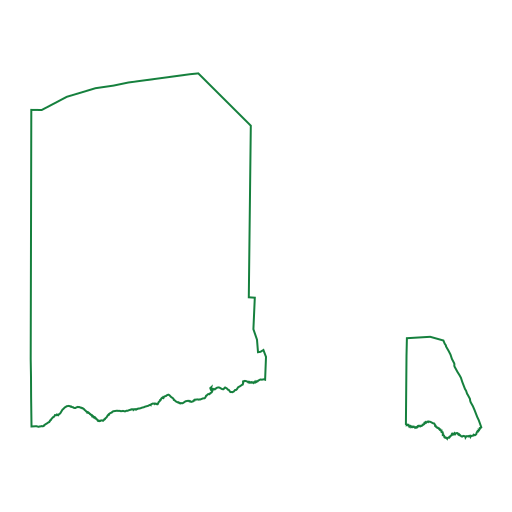 Palauli le Falefa, Palauli, Samoa (Robinson projection)
{"feature_id": "51752279B50623478209398", "entity_name": "Palauli le Falefa", "entity_type": "district", "adm_level": 2, "iso_a3": "WSM", "parent_name": "Samoa", "parent_adm1": "Palauli", "projection": "robinson", "projection_center": [-172.356, -13.707], "detail": "fine", "context": "isolated", "style": "outline", "palette": "green", "viewbox_px": 512, "rotation_deg": 0, "n_neighbors": 0, "source": "geoboundaries", "source_scale": "gbopen_adm2", "svg_char_len": 6023}
<svg xmlns="http://www.w3.org/2000/svg" viewBox="0 0 512 512"><path d="M198.3,73.4L190.1,74.2L128.4,82.5L113.5,85.6L95.5,88.2L66.8,96.8L41.7,110.0L31.3,109.9L30.7,359.0L31.0,376.9L31.1,397.0L31.5,426.5L36.2,426.2L38.7,426.8L39.9,426.4L40.8,426.4L41.4,426.1L42.6,426.3L43.5,426.1L43.6,425.8L44.2,425.5L44.2,425.2L45.6,424.2L46.7,423.6L48.2,422.5L49.2,422.1L49.3,421.7L49.8,421.3L49.9,420.7L50.2,420.3L50.8,420.1L51.1,419.4L53.0,417.2L53.6,417.1L54.9,415.5L55.0,415.1L56.6,415.2L56.9,414.6L57.6,415.0L58.0,414.7L58.4,415.0L58.6,414.5L59.7,413.8L60.4,413.1L62.5,409.6L63.3,409.0L64.8,407.4L65.7,407.0L66.5,406.3L68.7,405.9L70.3,406.3L70.5,406.6L71.0,406.4L71.8,407.0L73.2,407.3L73.5,407.7L74.6,408.0L75.4,408.0L76.4,407.4L77.8,406.9L78.1,407.1L79.1,407.0L79.3,407.2L80.0,407.3L80.6,407.7L81.1,407.6L82.2,408.3L82.5,408.1L83.0,408.4L84.2,409.3L84.6,410.0L85.4,410.5L86.6,411.8L87.3,411.9L87.4,412.5L88.0,412.2L88.7,412.7L88.7,413.1L89.2,413.2L90.1,413.9L90.1,414.2L90.7,414.4L91.1,415.0L91.6,415.0L91.6,415.3L92.2,415.6L92.2,416.3L93.0,416.2L93.1,416.5L94.2,416.9L93.8,417.5L94.9,418.0L95.3,417.7L95.9,418.3L95.8,418.7L96.6,419.0L97.4,420.0L97.7,420.6L98.3,420.5L98.5,421.0L99.4,420.8L99.6,421.1L100.5,420.9L101.0,420.4L102.2,420.4L103.0,420.8L103.2,420.7L103.5,420.2L104.0,419.9L104.3,419.3L104.9,419.2L105.0,418.7L106.6,417.3L107.8,415.2L108.3,415.2L109.0,414.7L108.9,414.1L110.3,413.1L111.8,412.5L112.0,412.1L112.7,411.7L113.1,411.3L117.1,410.7L117.8,410.9L119.9,410.9L120.8,411.2L122.2,411.1L122.9,410.9L125.0,411.4L126.6,410.7L127.5,410.8L129.5,410.0L130.1,409.9L130.4,409.7L130.9,409.7L131.0,409.5L132.0,409.2L132.4,409.4L133.5,409.3L133.6,409.8L134.1,409.4L134.8,409.2L135.5,409.6L136.0,409.6L136.1,409.2L136.7,409.3L137.3,408.8L137.7,408.9L138.4,408.5L139.4,408.5L140.7,408.2L141.8,407.7L144.0,407.2L144.9,406.7L148.2,405.8L149.6,405.0L150.1,404.9L150.6,405.1L150.6,404.7L151.5,404.1L153.0,403.5L153.8,403.7L154.7,403.5L154.9,404.0L155.5,403.7L156.5,403.8L156.8,404.2L157.4,404.3L157.7,404.2L158.6,402.2L160.4,400.3L160.3,400.0L160.7,399.9L161.3,398.5L162.1,397.8L162.9,398.1L163.1,397.5L163.5,397.9L163.7,397.7L163.8,397.0L164.3,396.5L166.0,396.0L166.5,395.5L167.6,394.9L168.6,394.7L169.5,395.3L171.0,396.9L173.0,398.3L173.5,398.9L173.8,399.9L174.2,399.9L176.0,401.5L178.2,402.6L178.5,402.3L179.4,402.8L179.6,403.2L180.2,403.1L180.5,403.4L181.2,403.1L182.2,403.3L183.2,402.9L185.5,401.3L187.4,400.9L188.9,400.8L189.4,401.4L190.0,401.1L191.1,401.9L193.0,401.4L193.6,400.5L194.2,400.1L194.5,400.3L194.7,399.7L197.9,399.4L198.8,399.7L199.6,399.4L200.2,399.5L203.0,398.4L204.5,398.3L205.1,397.8L205.9,396.4L206.0,395.9L206.4,395.5L206.7,395.5L207.8,394.3L208.1,394.3L209.0,393.9L209.4,394.1L209.7,393.6L210.4,393.4L210.7,392.9L211.6,392.4L212.0,391.8L212.5,390.5L212.2,390.0L211.6,390.3L211.2,390.2L210.9,389.8L210.3,388.1L211.3,387.2L211.1,388.1L211.4,388.6L212.1,388.8L213.0,388.8L214.1,389.4L214.9,389.3L215.1,388.8L215.9,388.6L216.3,388.1L217.1,387.7L218.4,387.4L219.5,387.6L221.9,389.0L223.2,389.3L223.7,389.0L224.8,387.6L225.2,387.5L226.9,388.5L228.1,389.8L228.7,389.9L229.1,390.3L230.2,391.9L230.7,392.1L231.9,392.0L232.4,392.2L233.8,391.5L235.1,390.0L236.2,389.9L236.9,389.2L238.1,387.3L240.1,386.2L241.9,384.9L242.7,384.6L243.0,383.8L242.9,383.3L243.3,382.6L243.0,381.9L243.1,381.4L243.7,381.4L244.1,381.0L244.9,380.9L246.0,381.1L247.8,381.8L248.0,382.1L248.6,381.8L249.0,382.4L249.3,382.2L249.4,382.5L249.9,382.1L250.4,382.4L251.2,382.2L251.1,382.7L252.6,382.7L253.1,382.4L253.4,382.8L253.7,382.4L254.4,382.6L255.0,381.7L255.2,382.1L255.6,382.4L256.2,381.7L256.5,381.8L256.9,381.3L257.2,381.5L257.7,381.3L258.1,380.7L260.4,379.5L260.9,379.5L261.7,379.7L263.9,379.3L265.1,379.7L266.0,356.9L263.4,350.0L260.5,351.8L258.0,352.2L257.0,339.7L253.4,329.2L254.8,297.7L248.8,297.3L250.8,125.7L198.3,73.4ZM406.9,338.2L406.5,355.7L405.9,424.1L406.7,424.6L406.7,425.0L407.4,424.6L407.8,424.7L407.8,425.3L408.4,425.6L408.7,425.3L409.2,426.4L409.4,426.1L409.7,426.5L410.5,426.0L411.0,427.0L411.4,426.6L411.8,426.9L412.1,426.6L412.7,427.1L413.3,426.6L413.8,426.6L414.0,427.1L414.9,427.4L415.5,427.2L415.5,427.7L416.0,427.5L416.3,427.7L417.1,427.3L417.4,427.3L417.7,426.9L417.6,426.4L418.0,425.9L419.0,425.7L419.3,426.2L420.4,426.4L421.0,425.7L421.7,425.9L422.6,425.2L422.7,424.7L423.1,424.8L424.1,424.2L424.2,423.3L424.5,422.7L424.9,422.8L425.5,422.2L425.9,422.9L426.8,422.2L427.3,421.6L428.0,421.6L428.3,421.9L428.6,421.5L430.5,421.9L433.1,423.3L434.2,423.5L434.8,424.5L435.0,425.0L435.4,425.4L435.1,425.7L435.2,426.1L435.7,426.3L436.2,427.0L437.2,427.4L437.4,427.9L438.0,427.8L439.1,429.0L439.3,428.8L439.9,429.8L440.4,429.6L440.7,430.5L441.3,430.9L441.5,430.8L441.6,432.0L442.1,432.0L442.7,432.3L442.8,434.9L443.3,434.7L443.4,435.3L444.1,435.8L444.4,437.1L444.9,437.1L445.2,437.7L445.5,437.6L445.8,437.9L446.3,437.9L447.0,438.6L447.1,437.9L447.7,438.1L448.9,437.3L449.3,437.6L449.6,437.3L449.7,436.7L450.0,436.6L450.3,436.1L451.5,435.4L451.6,435.0L451.9,434.9L451.7,434.3L452.0,433.8L452.9,434.3L453.0,433.8L453.8,434.2L453.9,433.8L454.5,433.1L455.2,434.1L455.8,433.3L457.1,433.0L457.7,433.3L457.8,433.8L458.4,434.0L458.4,434.6L459.0,435.0L459.3,434.4L461.3,436.3L462.1,436.6L463.2,435.9L463.8,436.1L464.6,436.1L465.1,436.7L465.5,436.8L465.6,437.4L466.4,436.2L467.7,436.2L468.0,436.4L468.8,436.5L469.0,436.0L469.8,436.1L470.1,435.7L470.4,435.7L470.6,436.6L470.9,436.1L471.7,436.0L473.0,435.5L473.4,435.5L473.7,434.7L474.3,434.9L474.2,435.1L475.0,435.2L475.5,434.9L476.3,434.1L476.6,432.8L477.3,431.5L477.9,431.5L477.9,431.0L478.3,431.1L479.0,430.3L479.1,429.8L478.9,429.4L479.6,429.3L480.1,428.3L480.0,428.0L480.8,427.8L481.3,427.3L478.8,420.3L477.2,416.9L474.6,410.2L472.9,406.2L470.7,402.3L470.2,400.8L469.9,398.8L467.6,394.5L467.1,393.8L466.1,390.8L465.0,389.0L462.3,382.0L460.9,377.7L459.4,375.0L457.5,372.0L454.5,366.5L454.3,365.4L454.4,364.2L454.2,363.3L451.9,358.9L450.5,354.6L448.6,350.9L446.0,346.4L445.9,345.4L444.7,343.7L443.4,340.5L430.2,336.8L406.9,338.2Z" fill="none" stroke="#15803d" stroke-width="2"/></svg>